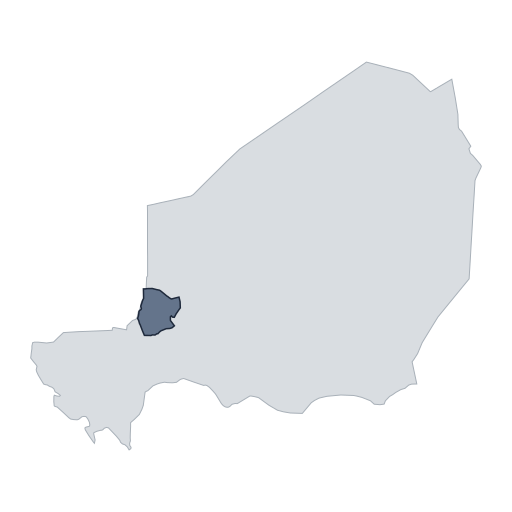 Tillia, Tahoua, Niger (highlighted)
{"feature_id": "23599985B40327375212482", "entity_name": "Tillia", "entity_type": "district", "adm_level": 2, "iso_a3": "NER", "parent_name": "Niger", "parent_adm1": "Tahoua", "projection": "robinson", "projection_center": [4.569, 15.899], "detail": "fine", "context": "in_parent", "style": "filled", "palette": "slate", "viewbox_px": 512, "rotation_deg": 0, "n_neighbors": 0, "source": "geoboundaries", "source_scale": "gbopen_adm2", "svg_char_len": 3865}
<svg xmlns="http://www.w3.org/2000/svg" viewBox="0 0 512 512"><path d="M416.8,384.0L411.7,384.1L408.7,385.1L405.0,388.3L400.8,389.6L395.8,392.4L392.6,394.7L389.6,396.4L385.4,400.8L384.1,404.1L380.0,404.7L374.2,404.2L370.5,400.8L361.9,397.4L356.4,396.0L353.8,395.5L340.8,395.0L326.9,396.3L319.9,397.9L318.6,398.3L314.6,400.4L311.3,402.7L302.3,413.4L290.4,413.0L283.4,411.8L277.4,410.2L268.9,405.2L258.5,397.6L254.5,396.6L250.9,396.0L249.7,396.1L237.3,403.6L235.0,403.5L232.0,404.3L230.1,406.2L228.7,407.1L227.2,407.3L225.3,406.9L223.3,405.7L221.4,403.6L216.3,395.2L215.3,393.7L213.1,391.2L209.4,387.3L206.9,385.5L205.4,385.1L203.6,385.4L193.6,382.0L183.7,378.5L181.5,379.0L179.9,379.7L176.5,382.3L172.5,382.8L167.3,382.6L164.5,382.2L159.9,383.1L156.9,384.1L152.9,385.9L147.8,390.7L146.3,391.3L145.1,392.1L143.3,405.3L141.9,409.3L139.3,414.5L134.2,419.5L130.6,422.6L130.6,426.7L130.3,433.3L130.2,437.9L130.4,440.9L129.9,442.3L129.6,443.6L129.8,445.6L130.6,446.5L131.1,447.7L130.8,448.7L129.1,449.9L127.3,446.9L125.0,444.8L122.4,443.9L120.6,442.3L119.7,440.2L116.3,436.1L108.5,427.9L107.7,427.7L106.4,427.4L104.2,428.3L102.9,429.7L101.9,430.2L100.5,430.3L96.8,431.3L93.8,432.7L93.7,433.8L95.1,440.0L94.4,443.3L93.1,441.7L88.8,435.5L85.9,430.8L85.3,429.8L84.9,428.2L85.2,427.5L86.4,427.0L89.1,426.4L89.6,425.9L89.8,424.7L89.4,422.3L87.9,419.1L86.3,416.9L85.4,416.5L83.8,416.4L82.0,416.7L78.7,419.3L77.2,419.8L73.8,419.6L70.8,419.1L68.9,417.8L63.4,412.6L57.3,407.1L54.8,406.3L54.2,405.8L53.8,401.6L53.9,396.5L54.3,395.2L56.8,396.0L59.5,396.3L60.4,395.4L58.2,393.6L55.1,391.8L54.0,389.0L53.1,388.1L51.7,387.1L50.1,386.6L48.5,385.8L47.4,385.0L45.6,384.7L43.7,384.1L40.9,379.6L38.3,375.2L36.7,371.8L36.2,369.8L37.0,366.3L36.2,364.9L33.2,361.3L30.7,358.0L31.3,352.9L31.9,348.7L31.9,346.0L32.3,344.4L32.6,342.7L34.3,342.2L38.5,342.2L46.7,343.0L53.3,342.1L53.6,342.0L58.3,337.4L63.4,332.6L71.1,332.1L79.5,331.6L86.0,331.4L95.6,331.0L103.3,330.7L112.2,330.3L112.5,328.1L113.0,327.6L113.9,327.5L120.5,328.7L126.6,329.8L127.1,325.7L132.5,320.5L135.6,319.4L136.4,318.5L137.3,316.8L137.9,314.0L138.2,312.1L139.4,310.5L140.2,307.6L141.3,302.4L144.4,297.0L146.1,289.6L146.4,282.5L146.7,277.1L147.6,276.0L147.6,266.5L147.6,256.8L147.5,248.7L147.5,238.5L147.5,229.6L147.5,220.0L147.5,211.4L147.4,205.6L153.7,204.3L160.1,202.8L169.5,200.8L179.7,198.5L190.8,196.1L193.3,194.6L201.6,186.3L205.4,182.5L212.9,175.1L218.7,169.4L226.0,162.1L233.8,154.7L239.9,148.9L249.7,142.2L264.3,132.2L278.9,122.2L293.6,112.2L308.2,102.2L322.7,92.1L337.3,82.1L351.9,72.1L366.4,62.1L381.2,65.9L395.2,69.5L409.3,73.2L412.7,75.2L420.3,82.3L430.0,91.4L430.4,91.6L430.8,91.6L439.9,86.2L451.8,79.2L455.3,98.2L457.9,114.4L458.2,124.8L458.4,127.5L459.4,129.4L461.6,131.2L470.8,146.2L468.9,148.8L470.4,153.4L472.7,155.4L480.3,164.4L481.3,166.1L480.9,167.6L475.9,178.1L475.0,180.6L474.2,194.1L473.6,203.5L472.8,216.5L471.9,232.1L471.1,245.2L470.1,262.5L469.1,278.9L461.7,287.9L448.6,303.9L438.0,316.9L432.6,325.6L422.2,342.6L417.6,353.6L413.9,359.4L412.1,361.8L413.8,369.9L416.8,384.0Z" fill="#d9dde1" stroke="#a8b0b8" stroke-width="1"/><path d="M144.4,335.4L151.0,335.5L152.3,334.9L155.1,335.0L156.9,333.7L157.8,333.8L159.6,331.9L161.0,330.8L166.2,328.7L169.7,328.5L172.0,327.8L174.4,325.8L170.5,320.6L170.4,319.7L170.4,316.8L171.3,315.9L172.5,317.1L174.3,317.3L176.1,313.9L179.3,309.2L180.3,307.9L180.1,301.8L179.0,297.1L174.5,298.2L173.0,298.6L171.9,298.9L171.2,298.9L170.1,298.3L168.5,297.2L167.9,296.6L166.8,296.0L164.2,293.8L162.1,292.1L160.6,290.9L159.5,290.2L156.6,289.6L152.3,288.5L147.2,288.6L145.3,288.9L143.4,288.9L143.6,298.4L142.5,300.7L142.0,302.5L140.8,306.1L140.9,306.9L141.4,308.4L141.1,309.4L139.9,310.4L139.5,310.5L139.0,311.4L138.8,313.2L138.4,316.0L137.6,318.4L138.7,320.6L139.6,323.9L140.0,324.3L142.3,330.4L143.0,332.1L144.4,335.4Z" fill="#64748b" stroke="#1e293b" stroke-width="1.5"/></svg>